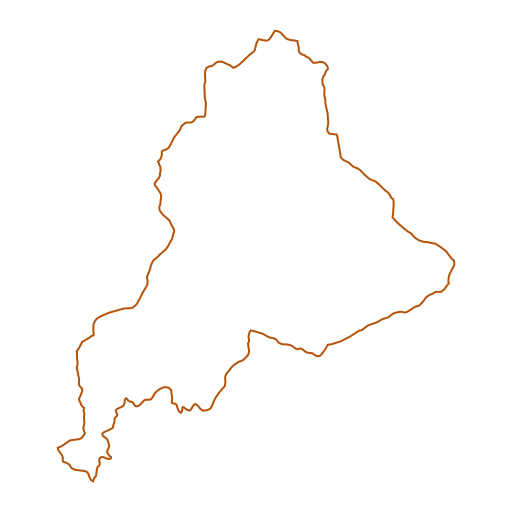 Jangchhubling, Samdrup Jongkhar, Bhutan (orthographic projection)
{"feature_id": "84629894B32677413197834", "entity_name": "Jangchhubling", "entity_type": "district", "adm_level": 2, "iso_a3": "BTN", "parent_name": "Bhutan", "parent_adm1": "Samdrup Jongkhar", "projection": "orthographic", "projection_center": [91.465, 26.935], "detail": "fine", "context": "isolated", "style": "outline", "palette": "amber", "viewbox_px": 512, "rotation_deg": 0, "n_neighbors": 0, "source": "geoboundaries", "source_scale": "gbopen_adm2", "svg_char_len": 5944}
<svg xmlns="http://www.w3.org/2000/svg" viewBox="0 0 512 512"><path d="M90.9,480.0L93.0,481.3L94.1,478.4L94.8,477.3L96.0,476.0L96.4,473.3L96.9,469.1L97.6,466.9L99.1,465.6L99.6,464.7L99.8,463.2L99.3,460.9L99.3,459.2L100.2,457.8L101.8,457.0L103.5,457.2L106.0,458.3L107.8,458.9L110.0,458.8L110.9,458.4L111.0,457.1L109.2,455.5L107.2,452.5L107.2,450.8L108.1,448.9L108.7,448.0L109.2,446.0L108.6,443.3L107.3,439.5L106.0,438.1L103.2,436.2L102.4,435.1L102.5,433.5L103.6,432.4L109.7,429.6L111.6,428.6L112.8,427.8L113.1,425.9L114.4,422.2L114.6,418.4L116.9,415.9L117.3,414.5L115.8,411.0L116.1,409.8L117.8,408.6L119.8,407.8L122.8,406.1L123.8,405.0L124.7,402.5L124.7,400.1L125.3,399.5L125.9,398.3L127.0,398.9L128.4,400.7L129.6,401.5L131.6,401.8L133.0,402.7L134.4,405.0L135.4,406.2L136.9,406.4L138.9,405.6L140.7,404.1L144.1,400.4L145.5,399.7L147.8,399.8L150.4,399.5L151.2,399.1L152.8,396.9L154.8,393.2L157.9,390.4L160.3,388.7L163.6,387.3L165.7,387.2L168.5,387.7L171.5,390.2L171.2,392.0L171.7,394.1L172.1,398.2L172.1,400.2L171.7,402.4L172.5,403.3L174.4,403.6L176.3,404.4L178.2,409.9L179.8,412.2L181.2,412.7L182.0,410.8L182.3,409.4L182.4,407.6L183.0,407.0L184.4,407.7L185.9,409.1L187.8,410.1L189.8,410.5L191.0,409.5L192.8,406.2L194.4,404.5L195.5,404.0L197.8,405.7L200.5,409.0L202.9,410.7L204.9,410.5L207.7,410.0L209.5,409.1L210.7,408.3L212.3,405.2L214.8,399.0L218.4,393.5L224.9,385.9L225.4,382.1L225.1,377.2L225.6,375.4L226.6,373.5L232.6,366.1L235.1,364.2L239.2,361.5L241.0,361.2L243.6,359.7L245.9,357.4L248.2,354.8L249.1,351.3L248.0,343.5L249.1,341.4L248.6,337.3L248.6,335.8L249.3,332.8L250.8,330.5L253.1,330.9L262.4,333.6L269.2,337.4L272.5,338.0L275.7,339.1L279.0,343.0L282.3,344.2L283.9,344.4L286.8,344.4L287.6,344.6L289.7,344.9L292.2,346.0L295.5,348.5L296.6,349.1L297.7,349.3L299.3,348.6L300.5,348.5L301.6,348.7L306.0,352.1L307.2,352.6L312.5,353.3L315.0,355.2L315.9,355.7L317.3,356.1L318.8,356.2L320.7,355.3L321.5,354.3L325.4,349.2L326.8,346.3L327.9,344.7L331.3,344.3L340.3,341.5L349.8,336.7L358.9,330.8L362.1,330.0L367.1,326.0L370.4,324.5L375.3,323.0L378.2,321.6L382.4,319.1L388.4,317.3L391.1,315.0L393.6,313.4L396.5,312.5L400.0,311.8L402.7,311.9L404.7,312.6L407.3,311.8L415.4,306.6L418.9,305.8L421.3,303.5L423.7,300.8L426.1,297.3L429.2,295.1L432.4,293.8L435.7,291.9L441.1,291.9L444.7,288.9L446.2,286.5L448.8,283.3L448.3,281.0L448.9,276.1L450.9,271.4L453.7,266.3L454.3,264.4L454.2,261.8L454.0,260.7L453.6,260.1L452.1,259.1L449.3,255.7L446.4,251.5L440.4,246.9L435.4,243.7L425.8,241.9L424.6,242.1L418.9,240.3L414.7,237.6L411.2,233.5L408.3,231.8L404.0,228.5L399.0,224.2L395.2,220.5L392.5,217.2L393.1,213.6L393.6,205.1L393.6,200.7L393.0,199.0L391.1,197.7L390.2,195.4L388.1,192.7L383.5,188.9L378.7,184.1L375.8,181.6L369.4,178.9L364.3,174.5L360.5,170.5L358.3,168.8L353.1,166.6L348.8,162.6L343.3,159.9L340.6,157.2L340.5,154.7L338.9,146.2L337.3,136.5L336.6,134.5L334.3,134.3L329.3,133.6L327.4,131.1L327.2,128.6L328.2,123.9L328.3,122.9L327.6,113.9L327.6,113.1L326.4,108.5L325.4,103.2L325.3,100.9L324.9,97.5L324.4,96.3L324.2,94.5L324.4,93.0L324.5,87.6L323.2,85.4L322.5,83.5L322.4,79.4L323.5,76.2L324.8,74.2L325.3,73.3L325.5,72.2L326.6,70.2L327.9,69.0L327.6,67.1L326.8,65.4L325.5,64.0L324.1,62.6L322.0,62.1L319.5,61.9L317.1,62.6L314.6,62.9L312.7,62.5L311.8,61.2L309.0,58.0L306.1,56.6L304.5,55.2L303.0,54.8L301.1,53.9L300.0,53.1L299.3,52.2L298.7,50.0L298.8,47.2L297.9,44.8L297.5,41.1L294.0,40.4L291.2,40.2L289.5,39.6L288.0,39.4L286.9,38.9L285.5,37.9L280.4,32.3L277.5,31.2L275.1,30.7L273.1,33.5L270.9,37.3L268.7,39.9L267.5,40.4L266.1,40.6L264.4,40.4L258.6,39.2L256.8,42.6L256.2,44.2L255.2,48.4L254.6,50.1L253.6,51.8L249.7,54.7L240.3,63.7L238.4,65.2L236.4,66.5L233.8,67.7L232.8,67.6L231.2,66.1L229.3,64.9L226.7,63.9L222.7,61.9L220.7,61.6L218.6,61.8L217.1,62.2L215.8,62.9L215.0,63.7L212.1,65.8L210.9,66.2L210.0,66.2L208.7,66.7L207.3,67.4L206.4,68.2L205.7,69.6L205.2,71.2L205.0,73.3L205.0,75.3L205.2,78.8L205.3,81.5L204.3,85.1L204.9,98.4L206.0,103.3L205.7,106.7L205.4,113.4L204.8,116.4L204.0,116.8L201.2,116.6L199.3,116.7L196.8,117.0L196.0,117.7L194.2,120.3L192.5,122.0L190.7,122.6L188.8,122.5L186.2,122.6L185.0,123.2L181.5,126.2L179.6,130.5L174.0,137.6L170.4,144.8L168.9,147.5L167.5,148.7L166.0,149.5L162.3,150.8L161.8,151.8L161.8,155.3L160.8,158.4L160.0,159.6L159.1,160.3L158.0,161.7L158.7,162.8L159.3,164.8L160.2,166.3L160.6,170.3L160.4,171.9L160.0,173.5L159.9,176.0L158.6,178.4L157.7,179.1L155.0,182.9L154.6,183.9L154.8,184.7L155.4,185.9L157.1,188.0L160.3,192.9L161.2,195.5L160.8,199.8L160.4,202.0L160.4,203.7L160.1,205.1L159.5,206.3L159.3,207.5L159.6,210.1L160.9,212.2L162.8,214.6L169.6,220.7L171.2,224.5L173.8,229.2L174.2,230.7L174.1,231.9L173.3,233.9L172.0,239.2L170.6,241.4L168.5,245.4L166.2,248.9L163.1,251.8L160.0,254.3L158.1,256.5L153.5,260.3L152.4,262.1L150.8,265.7L150.2,268.8L146.9,277.2L147.6,280.8L147.5,284.2L146.5,286.3L143.5,291.3L137.2,303.4L135.4,305.4L132.6,307.7L129.5,308.3L125.8,308.3L123.6,308.6L121.4,309.3L119.2,309.7L117.5,310.3L108.8,312.8L100.5,316.4L97.1,318.4L95.3,320.5L93.5,324.2L93.3,330.4L93.5,332.3L93.8,333.5L93.6,335.0L93.1,335.5L92.0,335.8L90.9,336.4L89.8,337.5L85.3,340.0L83.7,341.1L82.2,341.8L81.6,343.3L80.7,344.6L79.9,346.2L79.2,347.9L78.0,349.3L76.8,351.3L77.0,353.9L77.1,359.1L77.5,362.0L77.6,363.9L76.7,367.9L76.9,369.6L77.5,370.6L78.5,376.5L79.0,378.3L79.1,379.2L79.0,384.6L79.7,386.1L81.3,387.8L82.1,389.1L82.4,390.1L82.3,391.3L81.9,392.0L80.1,396.6L79.3,397.8L79.1,398.9L79.1,399.7L79.3,400.5L80.2,402.2L81.1,404.6L82.5,406.6L84.1,408.0L83.6,410.0L83.6,411.2L84.4,413.2L84.4,414.4L83.9,417.3L84.4,423.3L83.3,427.9L83.7,429.9L84.9,433.4L82.3,437.2L80.9,438.4L79.4,439.1L74.4,439.8L71.9,440.0L69.6,440.6L62.8,445.4L59.8,447.0L58.5,447.4L57.7,447.8L58.3,450.2L62.2,455.6L62.7,457.2L62.8,459.2L62.8,461.4L63.9,462.1L65.5,462.4L68.0,463.7L69.4,464.7L70.1,465.5L70.9,467.3L71.4,468.0L75.5,469.9L84.1,470.9L86.5,471.7L87.7,472.9L88.5,474.2L88.8,475.5L89.9,477.9L90.9,480.0Z" fill="none" stroke="#b45309" stroke-width="2"/></svg>